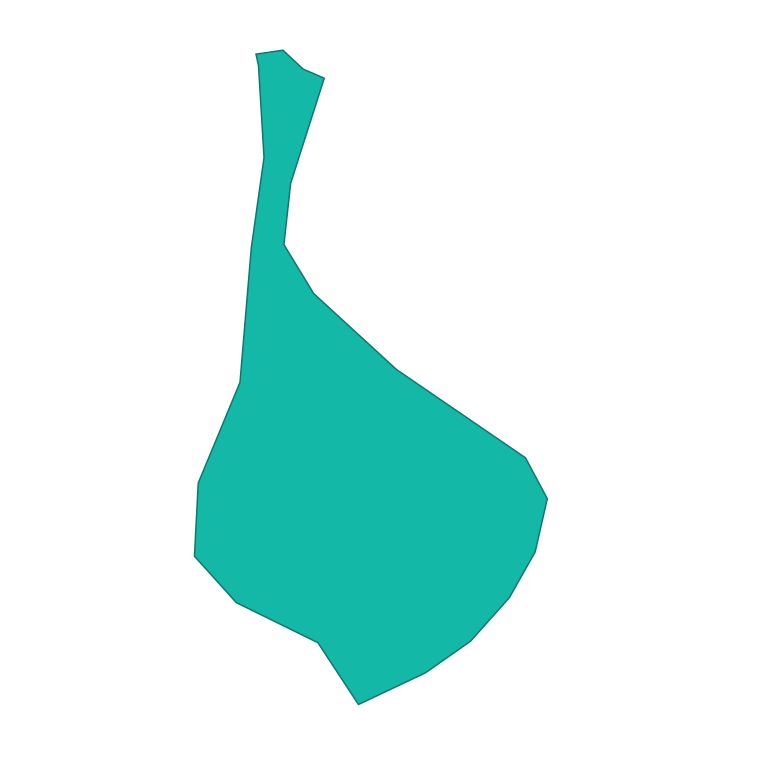 the District of Kapchorwa, rotated 186°
{"feature_id": "UGA-3112", "entity_name": "Kapchorwa", "entity_type": "District", "adm_level": 1, "iso_a3": "UGA", "parent_name": "Uganda", "parent_adm1": "", "projection": "equal_earth", "projection_center": [34.481, 1.268], "detail": "fine", "context": "isolated", "style": "filled", "palette": "teal", "viewbox_px": 768, "rotation_deg": 186, "n_neighbors": 0, "source": "natural_earth", "source_scale": "10m", "svg_char_len": 470}
<svg xmlns="http://www.w3.org/2000/svg" viewBox="0 0 768 768"><g transform="rotate(186 384 384)"><path d="M545.8,698.7L519.4,705.4L497.5,688.8L475.4,681.8L497.8,573.9L498.1,512.2L463.4,466.6L373.1,399.7L235.6,325.4L209.6,287.0L216.1,232.8L236.9,184.8L271.0,137.3L312.6,101.1L375.9,62.6L422.7,119.8L508.0,151.1L554.5,192.9L558.4,266.0L527.4,370.5L530.2,505.1L527.0,596.7L542.1,687.5L545.7,698.4L545.8,698.7Z" fill="#14b8a6" stroke="#0f766e" stroke-width="1.5"/></g></svg>